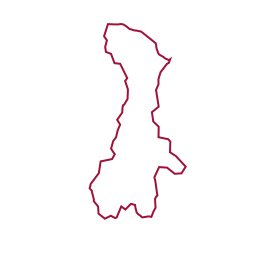 Etim Ekpo, Akwa Ibom, Nigeria (Albers equal-area conic projection), rotated 120°
{"feature_id": "59680162B44584437839531", "entity_name": "Etim Ekpo", "entity_type": "district", "adm_level": 2, "iso_a3": "NGA", "parent_name": "Nigeria", "parent_adm1": "Akwa Ibom", "projection": "albers", "projection_center": [7.577, 4.957], "detail": "fine", "context": "isolated", "style": "outline", "palette": "rose", "viewbox_px": 256, "rotation_deg": 120, "n_neighbors": 0, "source": "geoboundaries", "source_scale": "gbopen_adm2", "svg_char_len": 1493}
<svg xmlns="http://www.w3.org/2000/svg" viewBox="0 0 256 256"><g transform="rotate(120 128 128)"><path d="M132.6,58.7L128.3,72.7L128.3,74.3L128.0,79.5L118.7,84.5L117.6,87.6L120.7,97.0L111.6,102.0L109.7,109.4L102.3,115.2L94.2,112.1L81.7,122.2L81.3,122.7L75.0,123.4L70.4,126.1L63.4,127.7L52.9,126.3L51.2,125.2L47.4,125.9L48.7,126.5L49.2,130.4L48.8,133.0L48.8,136.0L48.8,137.7L48.0,139.5L46.3,141.2L45.4,142.5L43.3,144.3L42.0,145.1L40.7,146.5L40.7,146.8L39.7,153.0L39.2,156.4L38.7,159.5L38.0,164.8L37.9,165.1L38.8,167.2L39.2,169.0L40.1,170.7L40.6,172.4L40.8,173.3L41.0,174.6L41.5,176.3L41.1,178.0L40.7,181.5L40.7,184.1L41.6,186.3L43.3,188.4L44.2,190.1L45.0,191.4L45.9,193.2L46.8,194.9L47.7,196.6L48.1,197.3L60.5,194.6L62.6,190.1L69.2,188.3L73.1,185.2L72.3,179.7L78.6,172.1L76.3,166.9L85.2,153.6L88.7,154.0L94.7,147.3L103.1,142.9L107.4,143.0L109.7,143.0L111.0,143.7L113.4,142.8L117.5,140.7L126.3,141.5L129.0,136.5L132.6,136.1L135.4,135.7L142.0,133.7L146.7,134.3L154.4,132.3L157.4,126.3L162.9,126.3L170.6,135.0L181.6,130.7L195.1,132.3L199.5,131.0L200.3,128.2L202.7,126.0L207.2,121.6L208.4,121.1L211.0,114.6L216.9,110.7L218.1,102.7L212.6,99.0L212.4,94.1L211.1,93.1L199.3,94.6L199.9,89.5L192.3,87.6L191.1,83.5L193.4,81.6L196.8,78.3L197.6,75.9L197.7,73.9L198.3,71.1L198.1,70.7L194.1,65.8L193.3,63.3L187.4,64.2L183.2,64.3L176.0,69.1L173.1,69.3L171.8,68.8L161.7,76.7L160.2,77.9L157.5,80.5L146.3,81.5L142.8,74.4L144.3,64.6L140.5,59.0L132.6,58.7Z" fill="none" stroke="#9f1239" stroke-width="2"/></g></svg>